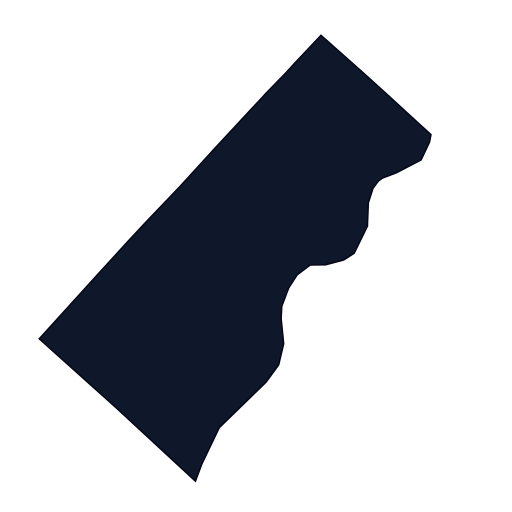 outline of Milwaukee, Wisconsin, United States of America, rotated 42°
{"feature_id": "52423323B84290681505038", "entity_name": "Milwaukee", "entity_type": "district", "adm_level": 2, "iso_a3": "USA", "parent_name": "United States of America", "parent_adm1": "Wisconsin", "projection": "orthographic", "projection_center": [-87.947, 43.017], "detail": "fine", "context": "isolated", "style": "filled", "palette": "ink", "viewbox_px": 512, "rotation_deg": 42, "n_neighbors": 0, "source": "geoboundaries", "source_scale": "gbopen_adm2", "svg_char_len": 785}
<svg xmlns="http://www.w3.org/2000/svg" viewBox="0 0 512 512"><g transform="rotate(42 256 256)"><path d="M361.7,463.9L354.9,446.7L343.6,408.2L343.9,403.5L346.8,359.5L347.9,343.0L345.7,321.7L335.3,302.7L322.2,290.8L316.6,285.7L308.8,276.1L301.7,257.9L299.2,242.5L302.3,226.4L313.6,216.0L323.9,200.2L327.1,188.3L324.6,179.4L318.8,159.1L318.7,159.1L303.9,141.3L297.6,127.2L296.8,118.5L297.8,113.6L304.7,100.1L314.4,74.1L308.7,55.1L304.8,48.7L276.6,48.5L276.4,48.5L246.7,48.2L216.4,48.1L156.6,48.5L155.7,87.0L155.6,100.9L154.5,127.7L154.5,133.3L154.1,152.9L154.0,159.9L153.3,205.5L153.3,206.2L153.0,248.6L152.9,257.1L151.6,299.2L151.4,307.9L151.1,325.1L151.0,333.2L150.8,359.8L150.7,369.3L150.3,462.6L253.0,462.4L361.7,463.9Z" fill="#0f172a" stroke="#020617" stroke-width="1.5"/></g></svg>